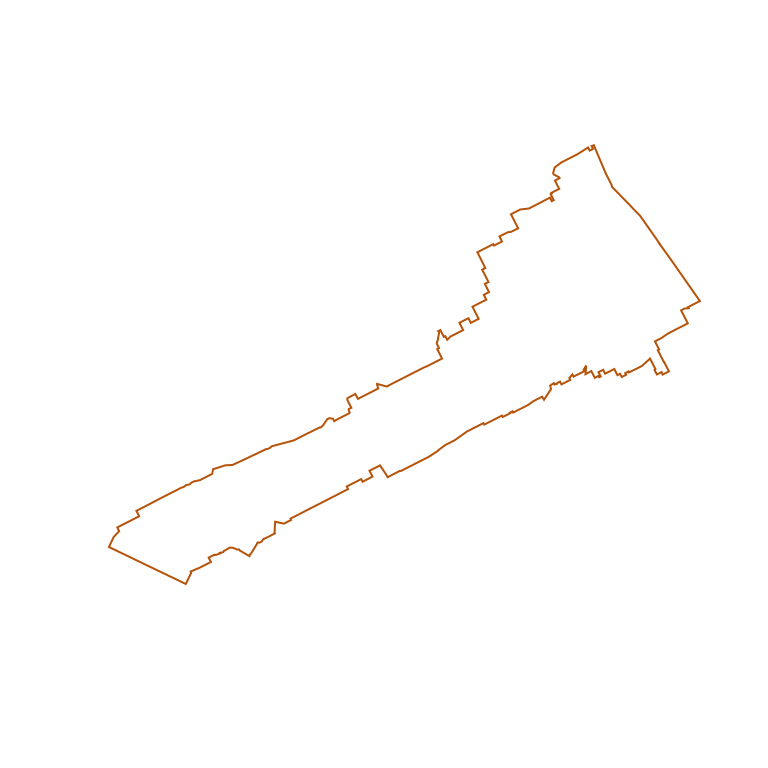 outline of Kulin, Western Australia, Australia, rotated 153°
{"feature_id": "25037944B90327134540623", "entity_name": "Kulin", "entity_type": "district", "adm_level": 2, "iso_a3": "AUS", "parent_name": "Australia", "parent_adm1": "Western Australia", "projection": "natural_earth1", "projection_center": [118.699, -32.766], "detail": "fine", "context": "isolated", "style": "outline", "palette": "amber", "viewbox_px": 768, "rotation_deg": 153, "n_neighbors": 0, "source": "geoboundaries", "source_scale": "gbopen_adm2", "svg_char_len": 5614}
<svg xmlns="http://www.w3.org/2000/svg" viewBox="0 0 768 768"><g transform="rotate(153 384 384)"><path d="M64.9,314.5L68.1,337.4L71.1,359.0L72.8,370.6L73.7,376.3L74.4,381.4L74.5,381.3L75.0,384.4L74.8,384.4L75.5,389.7L78.9,413.9L79.4,417.4L79.5,417.8L79.6,418.2L82.2,426.3L83.8,432.0L84.7,434.8L86.7,441.2L89.8,451.2L91.0,454.9L91.3,456.0L91.3,456.4L91.3,456.7L90.8,457.8L90.8,458.7L90.8,470.9L90.5,475.2L89.9,484.0L88.6,501.5L90.9,501.8L90.9,501.7L91.1,498.6L94.8,498.6L94.8,502.1L96.6,501.9L108.1,500.9L114.3,500.9L119.7,500.9L125.7,500.9L129.2,500.2L133.7,499.4L137.6,495.1L137.6,493.6L134.1,488.7L134.1,487.7L139.3,487.7L139.4,482.0L139.3,478.3L146.7,478.3L148.1,478.3L148.1,477.5L149.3,477.5L149.3,470.7L151.5,470.7L151.5,474.7L166.1,474.6L175.3,474.6L183.3,477.6L188.6,477.6L193.8,477.6L193.8,461.8L202.0,461.9L204.7,463.0L214.1,463.1L214.2,457.4L223.1,457.4L223.1,459.0L229.1,459.0L236.0,459.0L240.9,459.0L241.0,459.0L241.0,451.6L241.1,444.2L241.1,441.3L244.6,441.3L244.6,435.8L244.6,427.4L248.7,427.4L248.7,418.2L254.6,418.2L254.6,417.7L254.6,412.7L264.7,412.7L269.9,412.7L270.1,412.7L270.1,399.1L278.9,399.1L278.9,404.3L287.3,404.3L289.0,404.3L289.0,396.1L293.8,396.1L302.9,396.1L303.4,396.0L307.6,394.7L307.6,396.0L307.6,398.8L309.3,398.8L309.3,406.5L311.7,406.5L311.5,406.0L311.5,405.5L311.5,405.0L311.7,404.6L311.9,404.2L315.1,400.3L315.2,399.9L316.1,398.8L316.3,398.5L316.6,398.4L317.1,397.8L317.3,397.7L318.7,396.0L318.7,391.0L320.7,391.0L320.7,380.3L327.4,380.3L333.6,380.3L338.0,380.3L339.5,380.5L341.0,380.6L345.4,380.6L346.7,380.6L347.8,380.6L348.4,380.6L350.9,380.6L353.1,380.6L359.2,380.6L367.0,380.6L370.7,380.6L374.5,380.6L376.3,380.6L382.7,380.5L384.0,381.7L389.0,386.2L390.2,387.3L390.3,387.2L391.2,382.6L400.8,382.6L407.4,382.6L410.4,382.6L413.8,382.6L414.0,382.6L414.0,388.1L415.9,388.1L422.8,388.0L423.9,386.8L423.9,377.8L423.9,377.6L426.2,377.7L426.7,377.6L427.1,377.3L427.3,376.9L427.4,376.4L427.4,374.5L427.6,374.0L428.0,373.7L428.4,373.7L430.0,373.7L433.3,373.7L436.5,373.7L441.4,373.7L445.2,373.5L445.2,376.2L448.2,378.3L450.4,378.5L452.2,377.5L454.6,376.2L457.1,374.8L458.5,374.5L460.1,373.9L460.4,374.0L461.0,374.5L469.3,374.6L472.5,374.6L473.6,374.7L473.8,374.7L478.4,374.7L484.6,374.7L490.0,374.7L498.9,376.6L500.7,377.0L511.4,379.3L512.2,379.4L512.8,379.5L513.9,378.9L516.7,378.9L518.8,379.4L519.0,379.6L521.9,379.6L528.0,379.7L529.6,379.7L529.9,379.8L533.4,379.9L538.5,380.0L547.2,380.3L554.1,380.6L555.9,380.6L556.3,380.9L562.3,383.6L565.5,384.1L570.4,384.9L574.7,385.6L574.9,385.7L577.9,381.9L584.6,381.9L590.0,381.9L591.6,381.9L594.6,382.7L596.1,383.1L597.5,383.5L601.0,383.5L601.7,383.0L602.4,382.8L603.8,382.9L605.1,383.6L607.3,383.6L609.5,383.1L611.0,383.6L616.2,383.6L621.4,383.6L624.6,383.6L625.0,383.6L625.3,383.6L630.2,383.6L635.1,383.6L635.3,383.6L637.0,383.6L653.8,383.4L662.2,383.4L662.2,377.3L670.0,377.3L679.4,377.3L686.7,377.3L686.8,373.1L694.1,370.5L696.5,368.7L703.1,363.6L702.2,362.4L699.4,358.8L696.7,355.2L693.0,350.4L689.9,346.3L689.8,346.2L689.1,345.3L687.5,343.2L683.9,338.4L682.0,336.0L677.5,330.0L673.8,325.2L670.8,321.2L667.4,316.8L666.5,315.6L666.4,315.5L664.6,313.2L662.9,310.8L661.3,308.8L659.2,306.1L657.3,303.6L654.6,300.0L652.8,297.6L651.4,295.8L641.4,303.4L641.4,304.7L631.6,304.0L623.4,304.0L619.0,304.0L619.0,308.9L613.2,308.9L613.2,308.7L612.3,308.7L611.5,308.0L607.2,307.5L606.8,307.4L606.8,308.1L605.2,307.5L603.4,307.2L602.3,308.0L600.6,307.9L597.0,308.2L595.9,308.2L594.7,307.7L594.4,307.5L593.8,307.3L593.0,306.6L592.1,305.5L591.9,305.5L589.9,303.1L588.2,302.3L588.0,300.8L587.5,300.2L585.0,296.3L582.0,291.7L580.6,293.0L579.8,293.1L574.0,296.6L572.5,297.6L569.8,299.2L568.9,300.1L568.0,300.0L567.7,299.5L567.3,299.3L566.3,299.1L564.4,299.2L563.1,300.0L562.8,300.2L562.4,300.5L561.5,300.6L561.5,300.4L556.9,300.4L549.1,300.4L549.2,301.0L543.5,310.7L540.8,308.5L540.7,308.4L536.5,305.0L530.1,305.0L528.5,305.0L528.5,306.5L520.8,306.5L507.9,306.6L499.9,306.6L487.1,306.6L479.7,306.6L463.7,306.7L463.7,309.6L461.2,309.6L451.1,309.6L447.4,309.6L447.4,306.6L436.3,306.7L436.3,313.3L429.6,313.3L424.5,313.3L423.2,302.6L423.1,299.3L412.5,299.4L409.2,299.4L408.6,298.8L406.9,298.8L402.0,298.8L398.7,298.8L392.8,298.8L392.2,299.0L391.7,298.8L388.9,298.8L380.1,298.8L377.2,298.8L371.6,299.4L366.7,299.9L366.1,300.1L365.8,300.3L364.1,300.6L360.7,301.2L357.1,301.8L353.0,301.8L346.5,301.8L339.9,302.8L331.6,304.0L327.0,304.0L319.6,304.0L313.1,304.0L313.1,302.3L306.4,302.3L293.2,302.3L293.2,300.7L288.3,300.7L284.9,300.7L284.9,301.3L281.9,301.3L281.9,299.9L275.4,299.9L265.3,299.9L258.4,300.9L254.0,300.9L248.9,300.9L248.6,297.3L244.6,299.6L237.5,303.6L236.7,307.2L232.3,307.7L232.4,306.2L230.8,306.2L230.4,305.6L229.6,305.6L228.9,306.2L226.1,306.2L226.1,303.1L218.9,303.1L216.1,303.1L216.1,305.3L211.8,307.0L211.8,304.5L199.7,304.5L199.7,306.0L195.5,308.7L195.7,308.4L195.9,308.0L196.0,307.7L196.2,307.4L200.0,301.3L193.4,301.4L193.4,293.8L189.2,293.8L189.2,292.3L187.5,292.3L187.5,297.2L182.3,297.2L182.3,292.8L180.7,292.8L177.4,292.8L172.0,292.8L172.0,289.0L172.0,285.9L169.0,285.9L169.0,282.3L164.1,282.3L164.1,284.2L160.4,284.2L160.4,283.1L156.5,283.1L153.3,283.0L145.8,283.0L140.3,284.5L136.4,285.6L135.4,285.9L135.4,274.0L136.6,273.7L136.5,268.6L131.2,268.6L131.4,267.3L131.5,266.0L131.5,265.9L124.4,265.9L124.4,269.2L124.4,273.4L124.5,277.3L124.7,277.2L124.7,277.4L124.7,289.8L123.2,289.8L123.2,298.9L118.8,299.0L116.0,299.0L108.5,300.0L97.3,300.1L90.6,300.1L85.8,300.1L85.8,309.3L85.9,313.6L85.9,314.6L85.7,314.8L81.9,314.8L78.2,313.2L78.2,314.5L68.1,314.5L65.0,314.5L64.9,314.5Z" fill="none" stroke="#b45309" stroke-width="2"/></g></svg>